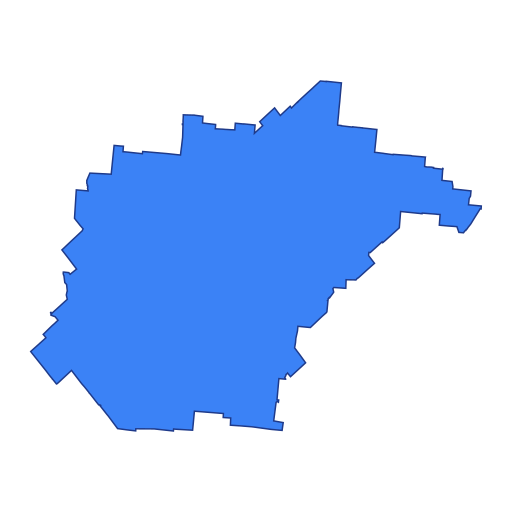 Winton, Queensland, Australia (Natural Earth projection)
{"feature_id": "25037944B95324883935739", "entity_name": "Winton", "entity_type": "district", "adm_level": 2, "iso_a3": "AUS", "parent_name": "Australia", "parent_adm1": "Queensland", "projection": "natural_earth1", "projection_center": [142.695, -22.507], "detail": "fine", "context": "isolated", "style": "filled", "palette": "blue", "viewbox_px": 512, "rotation_deg": 0, "n_neighbors": 0, "source": "geoboundaries", "source_scale": "gbopen_adm2", "svg_char_len": 4782}
<svg xmlns="http://www.w3.org/2000/svg" viewBox="0 0 512 512"><path d="M481.1,209.0L481.3,206.0L468.5,204.8L469.2,198.4L470.5,196.2L471.0,190.9L452.7,188.9L452.9,186.6L452.6,184.7L452.1,181.5L449.4,181.2L442.2,180.4L441.9,180.3L442.0,180.0L442.3,175.3L442.7,169.3L442.9,169.3L443.0,168.5L442.7,168.4L442.5,169.2L433.5,168.2L433.6,167.5L431.2,167.1L428.3,167.0L426.9,167.0L424.6,166.5L425.3,157.4L425.4,157.1L420.1,156.6L411.8,155.9L411.2,155.6L407.0,155.3L405.2,155.2L393.2,154.3L393.1,154.7L384.2,153.5L383.8,153.4L377.4,152.6L377.1,152.5L376.6,152.5L374.6,152.3L376.0,138.8L376.9,129.5L372.1,129.0L367.9,128.5L367.1,128.4L365.9,128.3L363.0,128.0L362.8,128.0L362.7,127.9L362.5,128.0L362.4,127.9L359.1,127.5L358.4,127.5L356.1,127.2L353.8,127.0L353.6,126.9L353.2,126.9L352.5,126.8L352.3,127.1L343.1,126.0L341.2,125.8L341.1,125.5L337.7,125.2L337.6,124.7L337.8,121.7L338.0,120.1L338.7,112.7L338.9,109.8L339.8,101.0L340.2,96.1L341.4,82.9L326.3,81.3L326.3,81.6L324.9,81.4L320.3,81.0L318.7,82.5L316.6,84.4L314.1,86.7L313.1,87.7L309.6,90.9L307.7,92.6L304.0,96.0L301.7,98.1L298.2,101.4L298.3,101.6L297.5,102.4L297.3,102.2L293.3,106.2L291.5,108.0L290.2,106.2L289.9,106.5L280.3,115.5L278.4,113.0L277.2,111.4L274.6,107.9L268.5,113.5L267.2,114.7L259.7,121.7L262.7,125.7L254.4,133.3L255.1,125.0L251.9,124.7L246.9,124.2L243.7,123.9L243.6,124.0L235.3,123.2L234.8,129.9L232.9,129.8L230.2,129.7L227.3,129.5L225.2,129.4L222.9,129.2L221.0,129.1L215.3,128.8L215.5,126.5L215.6,125.8L215.6,124.5L207.7,123.6L202.7,123.0L202.5,122.9L202.6,121.9L202.6,121.4L202.9,116.9L202.9,116.3L194.5,115.2L194.3,115.1L192.6,115.1L185.2,114.9L183.3,114.8L183.2,118.1L183.0,121.4L183.1,121.5L183.0,123.3L183.0,124.2L182.4,124.1L182.4,124.7L183.0,125.0L182.8,131.3L182.6,137.4L181.6,146.1L181.1,149.9L180.9,151.3L180.5,155.0L178.3,154.8L167.1,153.6L142.7,151.5L142.4,153.7L126.6,152.0L123.0,151.7L123.4,146.2L120.3,146.0L114.1,145.4L111.2,174.2L107.7,174.0L89.9,173.1L89.3,174.5L87.5,178.7L87.3,179.5L86.8,180.2L86.8,181.7L86.8,183.3L87.6,185.4L87.3,185.7L87.8,186.4L87.7,186.6L87.7,188.0L87.5,188.5L87.8,189.2L87.8,189.5L88.0,189.8L88.1,190.9L76.3,189.9L74.5,218.3L76.5,220.9L77.2,221.7L80.1,225.4L83.1,228.8L82.2,230.8L74.0,238.5L71.1,241.2L70.8,241.5L61.9,249.9L68.2,258.0L76.6,269.1L75.7,269.8L70.1,274.3L68.8,272.6L68.6,272.6L64.3,272.1L63.3,272.1L63.2,273.6L63.5,274.9L63.9,275.6L64.8,282.6L65.0,282.8L66.6,284.5L67.3,291.3L67.0,291.7L66.3,295.0L67.3,299.3L52.2,313.0L52.2,312.9L50.9,312.8L50.8,312.4L50.6,312.5L50.6,312.9L51.1,313.3L51.0,313.9L51.3,314.2L51.0,314.4L50.9,315.1L51.0,315.2L55.1,316.7L58.0,320.2L57.2,321.0L52.9,325.0L52.7,325.1L49.8,327.9L43.2,334.4L45.1,336.6L45.9,337.8L30.7,351.5L31.6,352.7L45.7,370.4L49.5,375.4L50.8,377.0L52.5,379.0L52.5,379.3L52.8,379.4L56.4,383.9L56.7,384.0L58.3,382.7L71.5,370.4L80.9,382.7L82.1,384.2L84.5,386.9L88.9,392.4L89.3,393.2L90.0,393.8L96.4,402.0L98.7,404.9L99.6,404.8L100.6,405.3L100.1,405.8L105.3,412.4L106.8,414.3L108.4,416.2L108.6,416.5L117.6,428.6L126.5,429.8L135.7,430.9L135.8,428.8L154.0,428.9L173.4,431.0L173.6,429.0L175.6,429.2L192.6,430.2L193.4,422.0L193.4,421.9L194.4,411.2L223.4,413.5L223.2,417.5L227.6,417.8L230.7,418.0L230.4,425.2L239.3,425.8L239.6,425.8L252.0,426.8L252.7,426.9L252.8,426.9L271.1,429.4L282.1,430.4L283.2,422.6L273.7,420.9L276.1,402.3L277.2,401.5L278.4,402.2L278.7,400.0L277.0,399.8L278.0,388.5L278.9,378.6L285.6,379.2L285.6,378.9L285.4,378.7L285.2,378.4L284.9,378.2L284.8,377.8L284.8,377.3L285.0,377.1L285.2,376.9L285.3,376.6L285.5,376.3L285.6,376.0L285.8,375.7L285.9,375.4L285.9,374.8L286.1,374.4L286.3,374.3L286.6,374.1L286.8,374.0L286.9,373.9L287.0,373.7L287.5,373.3L287.6,373.1L290.5,376.7L305.6,362.8L299.6,354.5L296.4,350.3L296.4,350.2L295.7,349.3L294.6,347.9L295.5,342.7L295.9,338.1L297.5,330.9L297.9,326.3L309.0,327.4L310.4,327.5L320.8,317.6L322.4,316.1L326.4,312.6L326.9,311.8L327.6,304.6L327.7,303.3L328.0,300.3L327.8,300.3L328.1,299.9L328.2,298.6L329.3,297.4L329.6,297.8L333.5,292.5L333.7,292.1L332.9,288.6L333.8,287.5L337.0,287.7L345.8,288.3L346.1,279.7L347.4,279.8L348.4,279.8L354.8,279.9L355.9,280.0L357.4,278.2L358.1,278.0L360.7,275.7L360.8,275.6L367.5,269.5L372.0,265.5L374.5,263.3L372.7,261.0L372.4,260.5L371.9,260.0L371.8,259.8L369.3,256.5L368.6,255.6L368.7,254.0L368.9,252.4L370.2,252.6L378.7,244.9L382.1,241.9L382.7,242.7L385.4,240.4L398.0,229.0L399.3,227.8L400.6,211.8L400.6,211.5L407.4,212.2L420.3,213.5L420.5,213.6L422.1,213.7L422.2,213.1L431.3,213.8L436.6,214.2L436.8,214.3L440.1,214.5L439.3,225.2L448.3,226.0L453.9,226.4L456.4,226.6L456.9,226.6L458.9,232.4L463.5,232.8L464.6,231.3L466.0,229.8L466.1,230.0L466.6,229.3L467.3,228.7L467.5,228.3L467.8,227.7L470.7,224.1L470.9,223.7L471.5,222.8L473.0,220.3L475.8,215.8L479.2,210.4L480.0,208.9L481.1,209.0Z" fill="#3b82f6" stroke="#1e3a8a" stroke-width="1.5"/></svg>